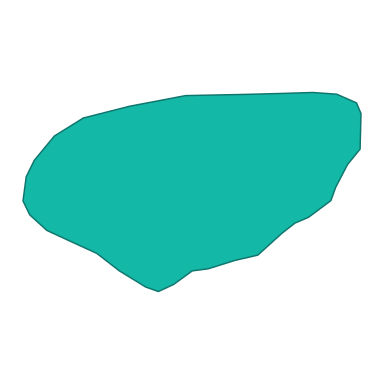 the district of Makur, Chuuk, Federated States of Micronesia
{"feature_id": "79324940B63649844160089", "entity_name": "Makur", "entity_type": "district", "adm_level": 2, "iso_a3": "FSM", "parent_name": "Federated States of Micronesia", "parent_adm1": "Chuuk", "projection": "natural_earth1", "projection_center": [150.128, 8.983], "detail": "fine", "context": "isolated", "style": "filled", "palette": "teal", "viewbox_px": 384, "rotation_deg": 0, "n_neighbors": 0, "source": "geoboundaries", "source_scale": "gbopen_adm2", "svg_char_len": 513}
<svg xmlns="http://www.w3.org/2000/svg" viewBox="0 0 384 384"><path d="M34.3,160.3L26.2,176.8L23.0,200.9L29.7,214.8L46.8,230.4L71.0,241.6L96.8,253.4L119.4,270.9L145.8,287.1L158.4,291.5L173.7,284.4L192.2,270.9L208.1,268.8L234.9,260.4L257.8,255.1L281.8,233.4L294.9,223.1L308.5,217.3L330.9,200.6L335.7,187.3L347.6,164.4L360.1,149.1L361.0,113.6L356.5,102.9L336.7,94.2L312.6,92.5L283.6,93.4L245.3,94.4L185.6,95.6L129.8,106.2L83.3,118.0L54.4,136.0L34.3,160.3Z" fill="#14b8a6" stroke="#0f766e" stroke-width="1.5"/></svg>